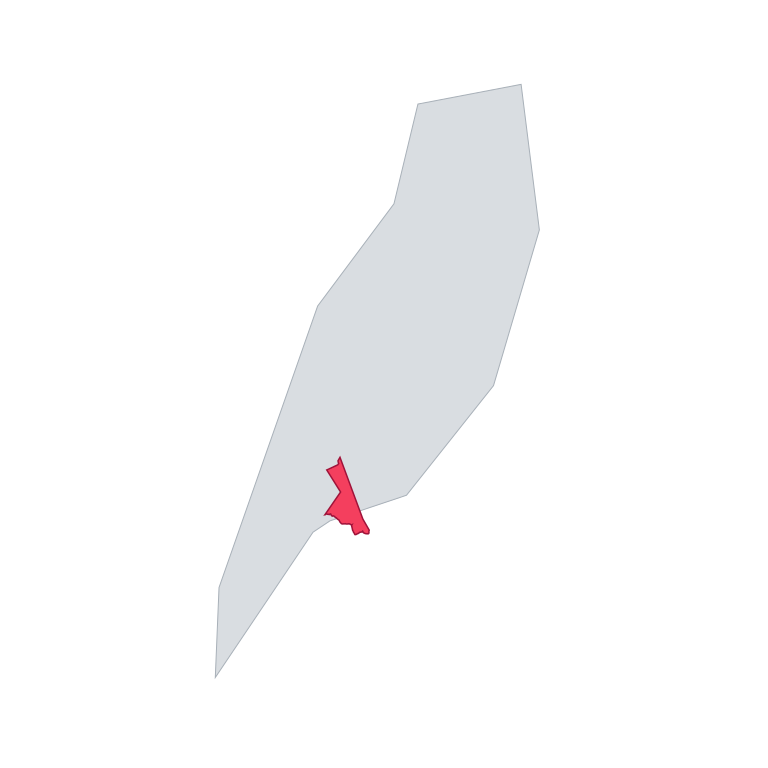 location of Urdmau, Ngardmau, Palau, rotated 191°
{"feature_id": "81905179B21109401244182", "entity_name": "Urdmau", "entity_type": "district", "adm_level": 2, "iso_a3": "PLW", "parent_name": "Palau", "parent_adm1": "Ngardmau", "projection": "robinson", "projection_center": [134.588, 7.601], "detail": "fine", "context": "in_parent", "style": "filled", "palette": "rose", "viewbox_px": 768, "rotation_deg": 191, "n_neighbors": 0, "source": "geoboundaries", "source_scale": "gbopen_adm2", "svg_char_len": 3100}
<svg xmlns="http://www.w3.org/2000/svg" viewBox="0 0 768 768"><g transform="rotate(191 384 384)"><path d="M404.1,665.3L306.6,704.3L260.9,564.9L276.2,403.3L340.7,279.1L411.0,239.3L425.4,225.0L493.6,63.7L507.1,152.7L464.0,447.9L408.6,562.8L404.1,665.3Z" fill="#d9dde1" stroke="#a8b0b8" stroke-width="1"/><path d="M417.0,244.5L416.8,244.6L416.6,244.6L416.5,244.9L416.4,245.1L416.3,245.3L416.1,245.4L415.9,245.6L415.6,245.7L415.4,245.4L415.1,245.3L414.7,245.3L414.3,245.4L414.1,245.4L413.9,245.5L413.7,245.5L413.6,245.4L413.4,245.4L413.4,245.5L413.2,245.5L412.8,245.6L412.7,245.5L412.3,245.9L412.1,246.2L411.9,246.3L411.6,246.2L411.3,246.1L411.2,245.8L411.1,245.7L410.8,245.2L410.6,244.9L410.3,244.7L410.0,244.6L409.7,244.5L409.3,244.5L409.2,244.7L409.0,244.9L408.8,244.9L408.5,244.9L408.3,244.8L407.9,244.7L407.7,244.6L407.4,244.6L407.2,244.6L406.9,244.2L406.6,244.0L406.4,243.7L406.1,243.6L405.8,243.6L405.7,243.5L405.4,243.4L405.1,243.5L404.9,243.3L404.7,243.0L404.3,242.8L403.9,242.6L403.5,242.3L403.3,242.3L403.1,242.2L402.6,242.0L402.3,241.8L401.9,241.6L401.8,241.3L401.7,241.1L401.3,240.7L401.0,240.3L400.8,240.0L400.5,239.8L400.2,239.6L399.8,239.3L399.5,239.0L399.2,238.8L398.8,238.7L398.4,238.7L398.0,238.7L397.7,238.8L397.4,238.9L397.3,239.0L397.0,239.0L396.6,239.0L396.4,239.1L396.0,239.2L395.7,239.4L395.5,239.5L395.2,239.5L395.0,239.4L394.6,239.3L394.2,239.4L393.8,239.5L393.5,239.5L393.3,239.6L393.2,239.7L392.5,239.7L392.3,239.9L392.1,240.1L391.7,240.1L391.4,240.2L391.1,240.0L390.7,240.1L390.5,239.9L390.2,239.7L389.9,239.7L389.7,239.6L389.4,239.6L389.2,239.6L388.9,239.6L388.6,239.8L388.7,239.5L388.8,239.4L388.9,239.2L388.7,238.6L388.6,238.3L388.4,238.0L388.3,237.6L388.1,237.4L388.0,237.1L387.9,236.7L387.7,236.3L387.5,236.0L387.4,235.5L387.2,235.3L387.1,235.1L387.1,234.9L387.0,234.7L386.9,234.4L386.5,233.9L386.3,233.8L386.1,233.5L385.9,233.3L385.8,233.1L385.7,232.7L385.4,232.4L385.0,232.1L384.7,231.8L384.5,231.4L384.3,231.3L384.2,231.1L384.0,230.8L383.7,230.6L383.3,230.7L383.1,230.8L382.8,231.0L382.6,231.0L382.4,231.3L382.1,231.4L381.9,231.6L381.8,231.8L381.5,231.9L381.2,232.0L381.1,232.3L380.8,232.5L380.6,232.5L380.4,232.7L380.2,232.9L380.0,233.1L379.9,233.4L379.7,233.6L379.4,233.7L379.1,233.9L379.1,234.0L378.8,234.0L378.6,234.1L378.2,234.2L378.1,234.3L377.8,234.5L377.5,234.5L377.2,234.7L377.2,234.9L377.0,235.2L377.0,235.5L376.9,235.7L376.6,235.9L376.5,236.0L376.6,235.7L376.6,235.3L376.6,235.0L376.5,234.7L376.4,234.5L376.1,234.4L375.8,234.1L375.6,234.0L375.4,233.9L375.1,233.9L374.8,233.9L374.7,233.8L374.5,233.7L374.2,233.7L373.9,233.6L373.6,233.6L373.4,233.6L373.2,233.6L372.9,233.6L372.7,233.6L372.4,233.7L372.2,233.7L372.0,233.8L371.8,233.9L371.6,233.9L371.4,233.8L371.2,233.9L371.0,234.0L370.8,234.0L370.7,234.2L370.6,234.3L370.4,234.6L370.4,234.9L370.4,235.2L370.5,235.6L370.6,235.9L370.7,236.3L370.7,236.7L370.7,236.9L370.7,237.1L370.6,237.3L370.7,237.5L370.7,237.8L379.0,247.4L413.2,303.6L413.6,302.5L414.5,299.8L413.9,298.3L413.3,297.2L414.0,295.8L423.8,288.7L416.1,280.5L406.0,269.7L417.0,244.5Z" fill="#f43f5e" stroke="#9f1239" stroke-width="1.5"/></g></svg>